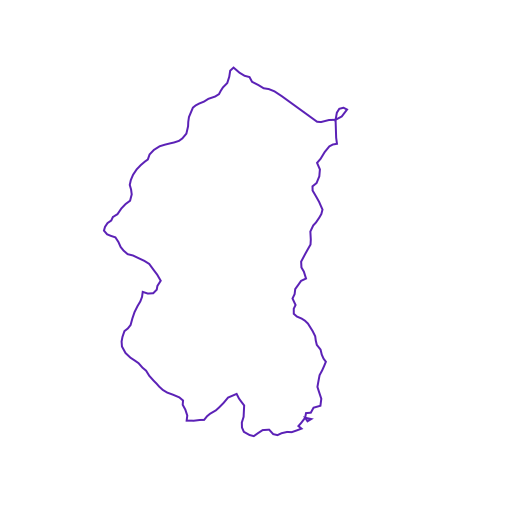 Tabatinga, São Paulo, Brazil, rotated 310°
{"feature_id": "56859067B81349085516889", "entity_name": "Tabatinga", "entity_type": "district", "adm_level": 2, "iso_a3": "BRA", "parent_name": "Brazil", "parent_adm1": "São Paulo", "projection": "albers", "projection_center": [-48.634, -21.727], "detail": "fine", "context": "isolated", "style": "outline", "palette": "violet", "viewbox_px": 512, "rotation_deg": 310, "n_neighbors": 0, "source": "geoboundaries", "source_scale": "gbopen_adm2", "svg_char_len": 2690}
<svg xmlns="http://www.w3.org/2000/svg" viewBox="0 0 512 512"><g transform="rotate(310 256 256)"><path d="M163.7,397.6L167.8,395.3L171.2,398.7L176.8,397.6L182.7,401.6L188.6,397.8L192.3,391.8L195.2,387.2L200.4,384.2L205.6,381.3L210.9,380.2L215.2,379.0L219.9,377.5L220.8,373.7L222.7,369.8L225.8,365.6L227.0,359.7L229.6,356.2L232.6,352.9L234.9,347.6L237.6,339.3L237.9,335.1L237.4,331.2L235.9,326.2L236.0,322.1L239.9,318.8L243.9,317.8L246.9,311.3L251.6,310.1L255.9,307.3L261.4,306.9L265.9,306.5L270.9,308.8L274.8,302.7L276.4,298.2L280.7,294.2L289.6,292.3L294.3,291.4L299.8,290.4L303.7,287.5L309.7,281.9L316.2,280.2L320.2,280.4L326.1,279.8L330.1,279.1L334.3,277.1L336.3,273.0L338.0,269.6L339.6,265.4L341.2,261.0L342.5,257.3L345.7,254.5L350.8,255.5L357.7,253.3L363.4,249.3L366.6,242.9L371.9,243.0L379.8,241.8L387.1,241.7L390.8,243.2L394.0,245.9L398.1,241.4L407.7,232.8L411.5,229.4L407.1,224.5L400.4,219.7L398.1,216.5L395.0,173.0L394.0,164.3L392.1,158.5L389.4,154.0L388.5,148.0L386.9,141.0L388.9,136.0L386.7,131.4L385.8,125.5L385.9,117.7L381.4,117.1L376.1,120.3L370.0,122.8L363.9,122.3L359.9,122.8L356.2,123.6L351.9,122.2L345.8,118.5L340.8,116.9L336.3,114.5L332.6,113.0L329.1,112.3L319.4,115.3L315.2,117.9L311.7,120.6L305.0,124.0L298.7,124.0L294.7,123.0L290.2,120.2L287.2,117.9L282.8,114.7L278.2,111.7L271.7,109.6L265.4,109.2L260.4,111.1L256.9,110.2L251.6,109.3L245.7,108.9L239.2,109.6L233.7,111.3L229.3,113.6L226.6,117.6L223.3,121.2L217.4,124.0L212.0,122.7L205.9,122.3L199.0,123.0L193.9,121.3L190.1,122.3L185.8,121.1L181.3,121.6L177.7,123.2L176.9,128.0L178.1,131.8L179.9,136.3L178.3,141.6L175.9,146.5L175.0,151.1L174.9,156.5L177.3,161.4L178.8,167.2L180.5,173.6L181.3,179.3L179.5,186.6L178.2,192.3L175.8,198.9L169.7,199.7L166.4,201.6L161.4,201.2L157.7,197.3L155.7,192.3L151.4,195.0L146.8,196.6L141.7,197.4L135.0,199.0L128.8,201.4L122.5,204.3L118.1,204.4L113.9,203.5L108.2,205.7L104.1,208.0L100.5,211.5L97.8,218.4L97.4,225.2L98.0,230.4L98.4,234.9L97.5,240.8L97.5,245.5L95.6,251.3L94.7,257.6L94.3,262.0L93.7,265.9L93.5,270.7L94.3,275.8L96.4,281.6L98.4,288.1L98.4,293.0L94.9,295.5L92.9,300.6L89.6,305.9L85.3,308.7L89.9,314.3L94.3,318.4L97.1,321.6L101.8,321.5L105.6,322.2L112.0,324.5L116.4,325.1L122.5,325.6L129.6,325.6L137.9,329.8L135.9,334.5L134.9,338.5L133.9,343.0L124.8,349.9L119.3,352.2L115.6,355.5L113.5,359.7L114.7,366.1L116.6,370.1L121.6,371.4L126.9,373.0L131.4,377.7L130.6,383.7L132.6,387.6L136.7,389.5L141.2,392.9L144.0,396.6L148.7,399.4L153.0,401.8L153.0,397.8L157.4,397.9L163.7,397.6ZM411.5,229.4L418.0,232.0L422.3,231.8L426.7,231.6L425.8,227.7L422.3,225.2L417.8,225.8L411.5,229.4ZM163.7,397.6L162.5,401.7L166.6,403.1L163.7,397.6Z" fill="none" stroke="#5b21b6" stroke-width="2"/></g></svg>